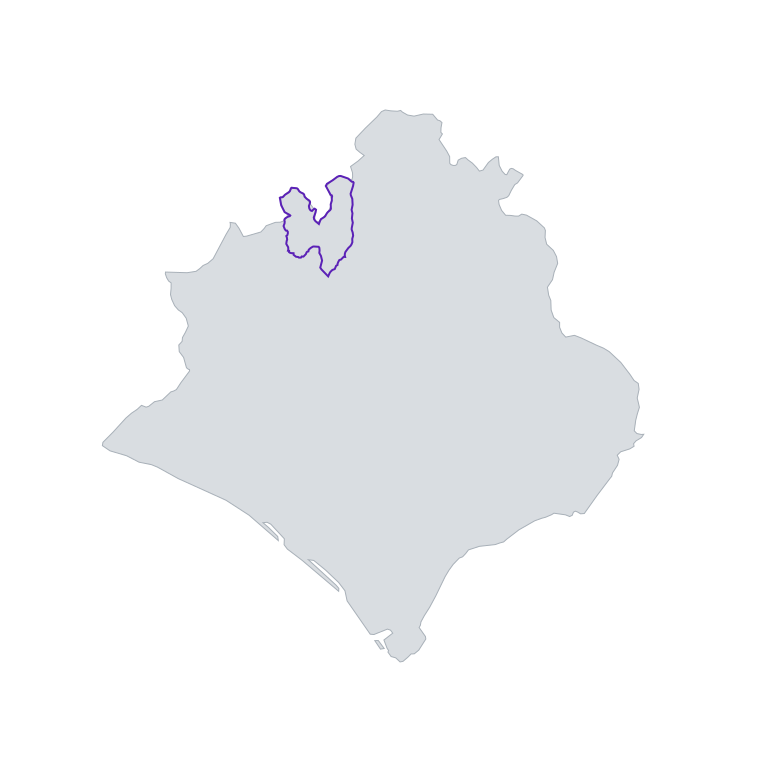 Bafing highlighted on a map of Ivory Coast, rotated 46°
{"feature_id": "CIV-3440", "entity_name": "Bafing", "entity_type": "Region", "adm_level": 1, "iso_a3": "CIV", "parent_name": "Ivory Coast", "parent_adm1": "", "projection": "orthographic", "projection_center": [-7.658, 8.459], "detail": "medium", "context": "in_parent", "style": "outline", "palette": "violet", "viewbox_px": 768, "rotation_deg": 46, "n_neighbors": 0, "source": "natural_earth", "source_scale": "10m", "svg_char_len": 5556}
<svg xmlns="http://www.w3.org/2000/svg" viewBox="0 0 768 768"><g transform="rotate(46 384 384)"><path d="M198.8,182.0L201.1,181.9L206.9,180.2L212.2,176.3L217.1,168.2L223.8,161.6L231.3,162.1L233.5,160.9L236.2,160.7L239.3,165.0L242.5,168.3L244.7,168.3L246.4,174.6L260.1,177.1L266.0,178.8L270.9,183.4L272.6,183.5L274.7,182.5L276.3,180.9L276.7,179.2L274.5,175.1L275.5,171.4L277.7,168.1L281.2,167.9L286.5,167.0L292.6,167.0L297.1,167.5L298.9,164.2L297.2,155.0L297.6,149.9L298.4,145.6L300.0,143.9L306.8,149.3L313.0,151.2L317.5,151.3L318.7,150.3L316.8,144.4L317.3,142.7L318.9,141.6L321.9,141.0L329.8,138.6L330.6,139.1L332.1,148.3L331.4,151.4L333.1,157.7L335.2,163.5L335.1,165.9L333.4,169.5L331.4,172.8L331.6,174.2L334.8,176.5L340.8,178.8L347.1,179.3L350.6,175.9L354.2,173.1L356.7,170.6L357.5,166.9L361.5,164.2L372.8,160.8L383.2,160.2L385.7,161.3L390.5,166.4L396.5,169.9L405.5,169.4L412.2,171.4L417.9,175.3L421.8,184.0L426.0,190.3L427.9,199.2L434.6,203.9L439.8,206.0L446.9,212.4L454.2,215.7L461.7,214.9L465.2,218.3L470.9,220.6L476.5,220.7L481.3,213.2L487.8,210.2L504.2,204.0L510.7,201.2L517.3,199.5L533.1,198.7L547.9,200.4L555.2,201.7L560.2,200.7L565.0,204.2L570.0,211.6L574.1,214.0L578.2,216.5L581.4,222.4L585.0,228.2L587.0,230.7L591.5,236.5L595.3,236.5L599.0,234.0L600.6,232.1L601.4,235.9L600.0,242.1L600.3,245.9L602.5,247.4L601.4,252.3L597.2,260.8L597.2,265.7L601.5,267.2L604.7,272.5L606.7,281.4L608.6,284.4L608.8,286.3L612.2,308.1L616.3,329.9L613.9,332.8L610.5,333.7L608.4,334.7L607.8,336.8L609.2,339.8L608.3,342.5L604.1,344.4L595.0,351.5L594.4,354.3L592.1,360.3L590.1,363.9L587.1,370.6L582.6,388.4L580.9,403.2L580.7,407.7L578.9,410.9L576.8,415.5L567.0,428.2L562.0,438.5L562.7,443.0L562.9,447.5L561.5,450.8L561.8,459.5L563.1,466.7L565.0,473.8L572.4,494.0L576.3,506.2L578.7,516.1L580.8,522.7L582.8,525.4L583.6,527.9L594.4,529.6L596.5,531.1L599.6,543.9L599.1,549.7L597.0,552.0L597.1,556.9L596.7,563.0L595.1,565.5L589.1,565.8L585.0,568.2L579.6,567.4L579.0,565.9L576.1,565.3L568.1,561.9L569.3,550.8L565.6,550.3L562.7,551.8L557.2,565.3L554.4,567.7L514.4,561.2L505.6,555.7L495.2,554.5L477.1,555.3L462.1,557.1L457.8,560.5L495.6,558.2L499.7,558.5L501.6,560.6L453.8,565.4L435.6,568.2L430.2,567.5L426.1,563.2L406.2,562.8L402.2,564.2L399.7,567.4L407.5,566.7L419.9,566.4L423.2,568.8L384.6,572.2L357.9,578.4L346.5,582.9L309.2,597.7L286.4,604.7L280.5,607.3L270.1,614.5L256.8,619.0L241.8,627.5L232.7,629.4L230.7,626.7L230.4,612.4L229.2,593.3L229.6,585.9L230.8,579.0L230.9,573.3L235.4,571.2L236.6,568.8L237.3,561.4L241.5,554.6L241.6,542.8L242.9,540.3L243.8,537.2L242.0,529.4L239.6,514.8L238.5,513.9L237.5,514.5L235.1,514.8L225.7,509.7L218.5,508.8L213.4,504.5L213.1,499.6L210.6,496.7L208.9,491.0L206.4,484.5L199.3,480.6L192.6,479.6L187.8,480.5L182.2,480.2L175.9,478.0L171.4,475.5L167.3,470.7L163.4,466.9L160.3,467.4L156.6,466.5L152.9,464.8L151.7,463.4L167.2,448.3L172.4,440.9L173.0,436.3L173.1,431.7L174.8,427.0L175.2,419.9L166.7,393.8L164.5,385.8L162.2,383.4L160.8,382.5L165.1,379.2L171.1,380.1L180.2,382.7L182.2,380.1L189.1,367.0L188.9,362.1L188.3,358.8L192.3,349.8L195.5,346.3L197.2,342.5L196.7,337.4L194.3,335.5L191.1,335.9L187.2,334.6L181.4,331.6L178.4,329.0L179.4,317.1L179.9,313.5L182.0,311.3L185.2,310.8L194.2,310.4L201.5,311.8L208.0,312.6L211.4,312.6L214.2,316.1L217.9,319.7L221.1,319.7L222.3,317.0L221.5,305.3L219.3,299.1L214.4,293.1L201.7,288.0L201.4,280.8L202.7,273.1L205.5,270.2L214.9,265.3L213.2,262.7L210.2,259.9L204.3,257.0L205.6,247.8L205.9,239.5L200.9,240.4L195.7,240.9L191.3,238.4L187.6,233.4L187.0,219.6L187.0,203.6L186.3,196.6L187.7,192.8L192.2,189.4L197.1,184.9L198.8,182.0ZM574.4,567.6L572.3,570.7L562.2,568.9L564.6,566.3L574.4,567.6Z" fill="#d9dde1" stroke="#a8b0b8" stroke-width="1"/><path d="M210.9,291.0L201.1,288.3L200.4,286.0L201.8,279.3L202.5,273.7L203.2,271.8L204.3,270.6L211.2,267.1L216.0,266.7L217.2,265.8L218.1,266.0L220.0,268.6L223.9,275.8L225.1,276.7L228.8,278.2L233.3,282.1L236.2,286.3L239.3,288.1L242.6,292.1L246.3,294.4L249.5,299.0L250.5,300.0L253.3,301.3L255.9,303.2L257.5,306.0L260.0,308.2L261.0,310.4L261.4,312.1L261.4,315.3L262.2,320.0L263.0,321.5L264.1,322.8L265.6,323.7L264.5,324.7L264.6,328.6L263.8,329.9L264.3,331.8L265.2,333.8L266.1,334.8L265.7,336.3L267.1,339.6L266.1,341.9L266.1,344.6L266.5,346.2L267.8,349.4L258.2,349.4L256.0,349.0L252.2,342.8L248.1,340.4L244.8,339.5L243.1,337.5L241.1,335.9L239.9,335.7L236.3,339.0L235.8,339.7L235.2,342.3L235.1,344.8L236.1,346.3L235.5,347.3L235.5,348.2L236.3,350.0L236.4,353.2L236.3,353.6L235.1,354.6L235.4,355.8L235.3,356.0L234.0,357.4L233.1,357.5L231.3,358.9L228.3,359.3L227.1,358.2L225.3,359.9L224.2,360.5L223.2,360.7L222.3,359.8L221.4,360.5L220.7,359.3L219.0,357.9L215.4,357.0L215.0,356.6L213.4,354.5L212.9,353.4L211.3,352.2L209.7,351.5L209.8,350.2L208.9,348.6L207.8,347.5L206.3,347.2L205.7,347.9L205.2,348.0L203.4,347.7L200.6,346.5L199.4,344.0L198.2,342.6L196.8,341.8L196.3,340.7L196.3,339.5L196.8,337.2L197.8,335.2L197.7,334.4L196.8,334.4L191.4,336.1L184.0,333.8L177.7,329.6L177.8,328.8L179.0,327.5L179.3,326.6L179.1,323.7L180.0,319.3L179.9,317.7L178.6,315.1L178.6,314.2L182.7,310.7L183.8,310.5L186.5,311.1L188.1,310.9L190.6,309.9L192.1,309.8L194.1,311.0L196.8,311.0L200.2,310.3L201.3,310.5L202.3,311.3L203.8,314.4L205.7,315.7L206.9,316.1L208.2,316.2L209.5,315.6L209.4,313.2L209.7,312.1L211.4,311.8L213.0,314.0L215.4,318.8L217.1,319.9L219.3,320.2L223.7,319.7L222.1,316.4L221.6,314.8L222.4,311.0L222.4,309.7L221.5,306.5L221.3,304.9L221.5,301.9L221.1,300.5L217.7,297.5L215.9,294.2L213.9,292.3L212.9,290.9L212.0,290.5L210.9,291.0Z" fill="none" stroke="#5b21b6" stroke-width="2"/></g></svg>